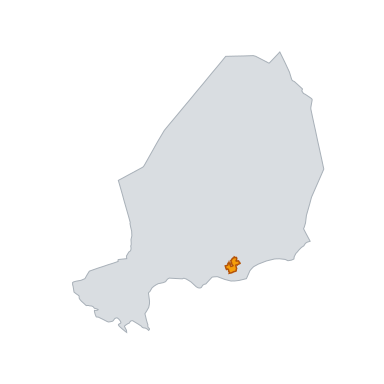 Mirriah, Zinder, Niger (highlighted), rotated 344°
{"feature_id": "23599985B93207740600063", "entity_name": "Mirriah", "entity_type": "district", "adm_level": 2, "iso_a3": "NER", "parent_name": "Niger", "parent_adm1": "Zinder", "projection": "robinson", "projection_center": [9.068, 13.638], "detail": "fine", "context": "in_parent", "style": "filled", "palette": "amber", "viewbox_px": 384, "rotation_deg": 344, "n_neighbors": 0, "source": "geoboundaries", "source_scale": "gbopen_adm2", "svg_char_len": 4279}
<svg xmlns="http://www.w3.org/2000/svg" viewBox="0 0 384 384"><g transform="rotate(344 192 192)"><path d="M292.0,271.9L288.8,272.0L286.9,272.6L284.6,274.6L282.0,275.4L278.8,277.2L276.8,278.6L274.9,279.7L272.4,282.4L271.5,284.5L268.9,284.9L265.3,284.5L263.0,282.5L257.7,280.3L254.2,279.4L252.6,279.1L244.5,278.8L235.8,279.6L231.4,280.6L230.6,280.8L228.1,282.2L226.0,283.6L220.4,290.3L213.0,290.0L208.6,289.3L204.9,288.3L199.6,285.2L193.1,280.4L190.6,279.8L188.4,279.4L187.6,279.5L179.9,284.2L178.4,284.1L176.5,284.6L175.3,285.8L174.5,286.4L173.5,286.5L172.3,286.2L171.1,285.5L169.9,284.2L166.7,278.9L166.1,278.0L164.7,276.4L162.4,274.0L160.9,272.9L160.0,272.6L158.8,272.8L152.6,270.7L146.4,268.5L145.1,268.8L144.1,269.2L141.9,270.9L139.4,271.2L136.2,271.0L134.4,270.8L131.6,271.4L129.7,272.0L127.2,273.1L124.0,276.1L123.0,276.5L122.3,277.0L121.1,285.2L120.3,287.7L118.6,291.0L115.4,294.1L113.2,296.0L113.1,298.6L112.9,302.7L112.9,305.6L113.0,307.5L112.6,308.4L112.5,309.2L112.6,310.4L113.1,311.0L113.4,311.7L113.2,312.4L112.2,313.1L111.0,311.2L109.6,309.9L108.0,309.3L106.9,308.4L106.3,307.0L104.2,304.5L99.4,299.3L98.8,299.2L98.0,299.0L96.7,299.6L95.8,300.5L95.2,300.8L94.3,300.8L92.0,301.5L90.1,302.3L90.1,303.0L90.9,306.9L90.5,309.0L89.7,308.0L87.0,304.1L85.2,301.2L84.9,300.5L84.6,299.5L84.8,299.1L85.5,298.8L87.2,298.4L87.6,298.1L87.7,297.3L87.4,295.8L86.5,293.8L85.5,292.5L84.9,292.2L83.9,292.2L82.8,292.4L80.8,294.0L79.8,294.3L77.7,294.2L75.8,293.9L74.6,293.0L71.2,289.8L67.4,286.4L65.9,285.9L65.5,285.5L65.2,282.9L65.3,279.7L65.6,278.9L67.1,279.4L68.8,279.6L69.4,279.1L68.0,277.9L66.1,276.8L65.4,275.1L64.8,274.5L64.0,273.9L63.0,273.5L62.0,273.1L61.3,272.6L60.2,272.3L59.0,272.0L57.3,269.2L55.6,266.5L54.6,264.3L54.3,263.0L54.8,260.9L54.3,260.0L52.5,257.8L51.0,255.7L51.4,252.5L51.7,249.9L51.7,248.2L52.0,247.2L52.2,246.2L53.2,245.8L55.9,245.8L61.0,246.3L65.1,245.8L65.3,245.7L68.2,242.8L71.5,239.8L76.3,239.5L81.5,239.2L85.6,239.1L91.5,238.8L96.4,238.7L101.9,238.4L102.1,237.0L102.5,236.7L103.0,236.7L107.1,237.4L110.9,238.1L111.3,235.5L114.7,232.3L116.6,231.6L117.1,231.0L117.7,229.9L118.1,228.2L118.2,227.0L119.0,226.0L119.5,224.2L120.2,221.0L122.1,217.6L123.2,213.0L123.4,208.6L123.7,205.2L124.2,204.5L124.3,198.5L124.3,192.5L124.3,187.4L124.3,181.1L124.4,175.5L124.4,169.5L124.4,164.1L124.4,160.5L128.3,159.7L132.3,158.8L138.2,157.5L144.6,156.1L151.5,154.6L153.1,153.6L158.3,148.5L160.7,146.1L165.4,141.5L169.0,137.9L173.7,133.3L178.5,128.8L182.4,125.1L188.5,120.9L197.7,114.7L206.9,108.4L216.1,102.2L225.2,95.9L234.4,89.7L243.5,83.4L252.7,77.2L261.8,70.9L271.0,73.3L279.7,75.6L288.5,77.8L290.6,79.1L295.3,83.5L301.3,89.2L301.6,89.3L301.9,89.3L307.6,86.0L315.0,81.6L317.1,93.4L318.7,103.6L318.8,110.1L318.9,111.8L319.5,112.9L320.9,114.1L326.6,123.4L325.4,125.1L326.3,128.0L327.7,129.2L332.4,134.8L333.0,135.9L332.8,136.8L329.6,143.3L329.1,144.9L328.5,153.3L328.1,159.2L327.6,167.3L326.9,177.0L326.4,185.2L325.7,196.1L325.0,206.3L320.4,211.9L312.1,221.9L305.4,230.0L302.1,235.5L295.5,246.1L292.6,253.0L290.3,256.6L289.1,258.1L290.1,263.1L292.0,271.9Z" fill="#d9dde1" stroke="#a8b0b8" stroke-width="1"/><path d="M205.4,280.4L206.8,280.5L207.4,280.6L207.7,280.5L209.1,280.5L209.6,280.1L210.5,280.1L210.8,280.2L211.3,280.2L212.6,280.1L212.9,279.6L213.0,279.1L213.3,278.5L213.8,278.0L213.8,274.8L214.1,274.3L214.8,274.3L215.2,274.6L215.5,274.7L215.9,274.3L217.4,274.1L218.5,273.9L218.4,272.8L217.9,272.3L217.9,271.6L217.8,271.2L217.5,270.9L215.9,270.8L215.4,270.3L215.9,270.0L216.2,269.2L216.7,268.3L216.7,267.5L216.4,267.0L215.4,267.0L215.2,266.6L214.7,266.0L214.2,266.7L213.0,266.8L212.9,267.0L212.5,267.2L211.8,267.5L211.4,268.2L211.0,268.4L210.5,268.5L210.3,268.8L210.4,269.2L210.4,270.3L210.6,270.5L210.3,270.9L210.4,271.3L210.4,272.3L210.7,273.0L211.1,274.1L210.6,274.2L210.3,274.2L209.8,274.5L209.3,274.2L208.7,274.2L208.6,273.0L208.7,272.7L208.9,272.4L208.5,272.1L208.6,271.6L209.0,271.0L208.0,270.9L208.2,270.6L208.2,270.0L208.2,269.8L208.0,270.1L207.9,270.2L207.4,270.3L207.0,270.4L206.8,270.6L206.7,271.1L206.4,271.8L206.0,272.2L203.6,272.2L203.6,274.6L203.8,276.0L204.1,276.0L204.5,275.9L204.7,275.7L204.8,275.7L205.6,276.4L205.6,277.7L205.4,278.1L205.4,278.7L205.8,279.1L205.8,279.9L205.4,280.4Z" fill="#f59e0b" stroke="#b45309" stroke-width="1.5"/></g></svg>